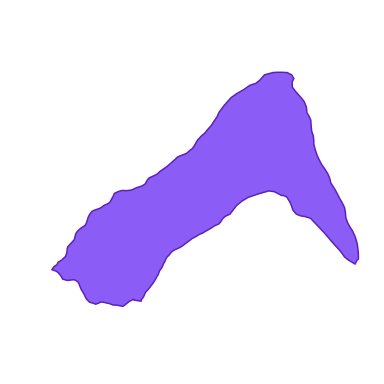 Khamdang, Tashi Yangtse, Bhutan (orthographic projection), rotated 79°
{"feature_id": "84629894B8594333696948", "entity_name": "Khamdang", "entity_type": "district", "adm_level": 2, "iso_a3": "BTN", "parent_name": "Bhutan", "parent_adm1": "Tashi Yangtse", "projection": "orthographic", "projection_center": [91.563, 27.489], "detail": "fine", "context": "isolated", "style": "filled", "palette": "violet", "viewbox_px": 384, "rotation_deg": 79, "n_neighbors": 0, "source": "geoboundaries", "source_scale": "gbopen_adm2", "svg_char_len": 3260}
<svg xmlns="http://www.w3.org/2000/svg" viewBox="0 0 384 384"><g transform="rotate(79 192 192)"><path d="M289.5,41.4L283.8,40.4L279.4,40.0L275.4,39.7L271.1,39.9L266.9,40.4L261.0,41.8L256.5,43.6L251.9,45.1L246.7,45.9L241.2,45.3L236.4,45.2L231.6,46.5L227.0,48.1L222.8,49.3L218.1,50.7L213.7,52.4L209.6,54.0L204.5,54.2L200.1,55.2L194.8,57.2L189.2,59.7L184.3,61.1L179.7,62.2L173.5,63.0L168.4,63.3L164.5,62.6L160.2,62.2L154.9,62.9L148.9,62.3L144.1,61.7L140.2,62.6L136.0,64.0L130.5,63.5L124.8,64.6L120.7,66.6L116.7,69.0L112.6,71.4L108.2,73.5L103.1,72.7L100.0,70.4L96.1,71.7L92.9,75.8L91.7,80.7L90.7,85.6L90.2,89.6L90.8,98.5L95.0,103.8L97.6,108.8L98.2,114.5L101.4,121.8L104.0,129.5L106.9,135.8L113.4,144.2L118.9,150.2L123.1,153.2L127.4,157.6L130.5,160.5L133.0,163.9L136.7,168.3L138.1,171.0L138.6,171.8L141.8,176.3L143.6,178.1L147.0,180.7L149.4,183.4L150.8,186.3L152.6,189.3L153.2,190.7L154.0,195.5L154.8,199.1L155.2,200.2L156.6,202.0L158.2,204.8L160.9,209.4L162.3,211.9L162.7,212.7L165.6,219.4L167.7,222.8L168.4,224.7L168.6,225.7L169.8,230.6L170.1,231.7L171.5,233.3L175.1,236.4L175.7,237.7L176.5,240.0L176.8,242.1L177.2,245.7L178.3,250.0L178.5,252.2L178.1,256.7L177.5,258.7L177.2,259.7L177.2,261.6L177.6,264.7L178.1,266.7L178.6,268.4L179.5,269.1L180.8,269.9L182.2,271.1L183.7,272.3L185.9,274.1L186.8,275.3L187.6,277.6L188.1,279.9L188.6,281.5L189.7,283.6L190.2,285.0L190.5,286.1L191.1,290.5L191.9,293.8L193.0,295.2L194.3,296.6L196.0,298.0L197.1,298.8L201.8,301.3L203.2,302.3L203.9,302.8L204.5,303.7L205.0,304.9L206.2,307.8L208.0,310.9L209.4,312.8L210.9,314.1L211.7,314.5L216.4,316.7L221.8,324.1L223.3,325.1L227.3,326.3L230.1,327.8L231.2,328.5L232.1,330.1L233.0,331.5L233.8,332.6L234.5,334.3L235.0,335.8L235.4,336.9L237.6,338.5L238.2,340.0L238.7,341.3L239.8,342.6L240.9,343.7L241.5,344.3L242.2,343.3L243.8,340.4L245.5,338.9L248.7,337.0L252.9,335.5L254.6,332.1L255.1,330.8L255.4,325.7L256.1,323.6L257.9,321.8L258.6,321.1L260.3,320.5L263.4,320.0L266.3,319.4L269.6,318.2L273.5,316.9L275.0,316.7L277.0,316.0L280.5,313.7L283.2,308.8L283.8,307.9L283.6,307.0L283.3,304.6L282.7,303.5L282.7,301.9L283.2,300.4L283.9,298.7L284.5,297.4L284.9,296.6L285.8,294.2L286.5,293.3L287.5,291.6L288.1,290.7L288.1,289.7L288.8,287.2L291.1,281.6L287.3,274.0L287.0,272.8L286.1,270.1L287.2,269.4L287.5,268.1L289.5,262.9L287.8,262.0L285.6,259.5L281.7,256.9L280.3,255.0L279.4,253.7L277.8,251.8L276.6,250.5L274.9,248.6L273.6,247.2L272.4,246.0L270.9,244.6L267.9,242.2L266.6,240.9L263.3,239.0L260.4,235.9L257.1,233.7L254.9,231.8L252.8,230.4L251.1,228.9L249.6,226.6L248.7,225.6L248.0,224.8L246.9,223.4L245.6,220.6L245.0,217.9L244.7,216.7L244.3,214.9L243.0,211.5L241.6,208.7L239.6,204.6L239.0,203.2L237.9,201.4L237.4,199.7L236.3,196.1L235.2,193.4L234.8,191.7L234.2,188.7L233.2,186.6L232.7,184.6L231.7,181.9L230.4,178.3L229.6,176.7L228.4,171.6L226.7,169.4L224.1,167.1L222.2,164.0L221.0,159.0L213.8,150.8L210.4,144.6L208.0,137.9L207.0,130.8L206.3,124.8L205.6,116.3L207.4,111.2L212.6,104.5L212.8,103.0L215.0,99.9L220.7,97.8L224.9,96.9L229.1,96.4L233.7,93.8L236.1,90.0L237.8,85.5L240.4,80.7L244.6,78.0L247.7,76.0L253.3,72.5L258.2,69.4L261.7,67.4L266.5,64.8L271.2,62.0L277.1,58.4L280.5,56.6L284.8,54.7L288.7,51.4L293.8,45.7L290.4,42.9L289.5,41.4Z" fill="#8b5cf6" stroke="#5b21b6" stroke-width="1.5"/></g></svg>